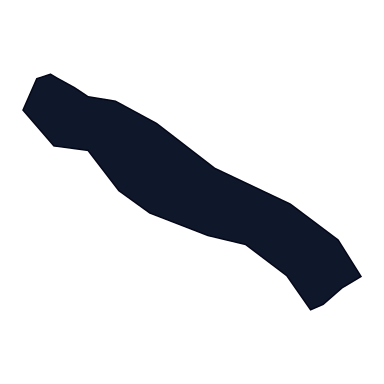 the border of Aerodrom
{"feature_id": "MKD-2937", "entity_name": "Aerodrom", "entity_type": "Municipality", "adm_level": 1, "iso_a3": "MKD", "parent_name": "North Macedonia", "parent_adm1": "", "projection": "equal_earth", "projection_center": [21.482, 41.951], "detail": "fine", "context": "isolated", "style": "filled", "palette": "ink", "viewbox_px": 384, "rotation_deg": 0, "n_neighbors": 0, "source": "natural_earth", "source_scale": "10m", "svg_char_len": 415}
<svg xmlns="http://www.w3.org/2000/svg" viewBox="0 0 384 384"><path d="M29.3,117.4L23.0,110.1L36.8,78.7L39.9,77.7L50.5,74.2L56.5,77.8L74.5,87.7L88.0,96.7L115.4,101.2L156.6,123.5L214.7,168.3L290.3,204.1L338.1,240.0L361.0,276.5L342.1,287.8L323.2,304.3L310.6,309.8L286.8,275.7L245.6,244.5L207.9,235.5L149.8,213.0L118.9,190.7L88.0,150.4L53.9,145.9L29.3,117.4Z" fill="#0f172a" stroke="#020617" stroke-width="1.5"/></svg>